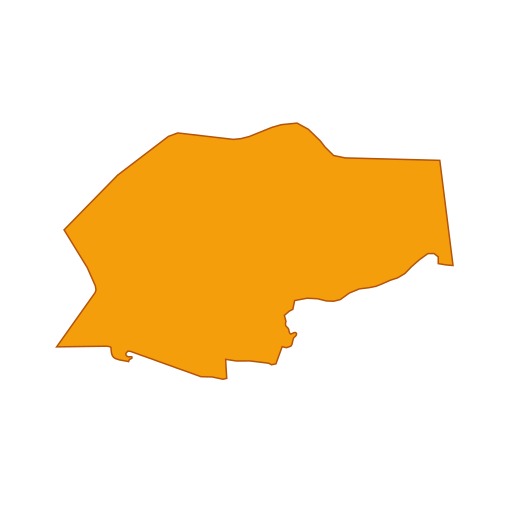 an SVG outline of Béchar, rotated 197°
{"feature_id": "DZA-2148", "entity_name": "Béchar", "entity_type": "Province", "adm_level": 1, "iso_a3": "DZA", "parent_name": "Algeria", "parent_adm1": "", "projection": "robinson", "projection_center": [-2.712, 30.267], "detail": "fine", "context": "isolated", "style": "filled", "palette": "amber", "viewbox_px": 512, "rotation_deg": 197, "n_neighbors": 0, "source": "natural_earth", "source_scale": "10m", "svg_char_len": 1760}
<svg xmlns="http://www.w3.org/2000/svg" viewBox="0 0 512 512"><g transform="rotate(197 256 256)"><path d="M273.3,124.5L281.4,124.9L285.2,125.1L289.5,125.3L294.1,125.5L299.0,125.7L304.2,126.0L309.4,126.2L314.6,126.5L319.7,126.7L324.5,127.0L329.1,127.2L333.2,127.4L336.8,127.5L339.8,127.7L342.0,127.8L343.5,127.9L344.0,127.9L348.4,128.1L350.8,127.5L351.9,125.0L351.6,123.6L350.6,122.7L349.4,122.3L348.3,122.3L346.1,123.2L345.1,123.2L344.8,122.0L345.1,121.6L346.0,120.8L346.4,120.4L346.8,119.7L346.9,119.1L346.9,118.5L347.0,117.7L347.9,117.7L356.3,116.7L360.2,116.8L361.5,117.1L362.6,117.5L363.1,117.8L363.5,118.1L364.2,118.7L364.8,119.4L365.5,120.4L366.2,121.7L368.1,126.3L369.4,126.5L372.4,126.1L420.1,110.8L399.1,174.1L399.1,176.8L401.0,180.6L414.0,195.6L447.2,224.9L412.0,292.8L374.7,344.8L366.8,350.8L311.8,360.9L305.0,363.7L297.5,368.2L278.6,383.5L270.2,389.0L255.6,395.1L243.0,392.5L228.2,384.9L221.9,380.4L211.2,374.8L199.3,375.9L108.2,401.2L64.8,304.5L71.9,303.0L79.5,302.0L81.5,308.5L86.5,310.4L92.4,308.5L98.7,300.1L104.2,291.2L108.5,282.8L114.3,276.4L120.6,272.0L127.4,266.1L132.4,262.1L138.7,258.7L147.5,254.8L155.9,247.9L162.6,239.0L168.4,235.5L175.5,233.6L184.7,233.1L194.7,230.6L206.0,224.7L205.6,220.3L205.2,215.8L208.1,212.9L211.5,207.5L208.2,202.2L208.2,200.8L207.9,199.6L207.3,198.2L206.6,197.6L204.5,196.5L203.4,195.5L201.8,192.8L201.0,191.9L199.9,191.6L199.1,192.1L197.3,193.8L196.2,194.3L195.2,194.2L194.5,193.6L194.3,192.3L194.7,191.0L196.0,188.8L196.1,187.2L195.8,181.9L196.0,180.6L196.8,179.6L200.1,177.2L204.5,176.9L205.4,158.7L209.4,156.5L211.9,157.1L214.1,156.9L231.5,153.8L234.9,152.7L244.4,149.8L254.8,148.3L252.3,141.4L248.2,130.4L251.6,128.5L262.6,127.5L273.3,124.5Z" fill="#f59e0b" stroke="#b45309" stroke-width="1.5"/></g></svg>